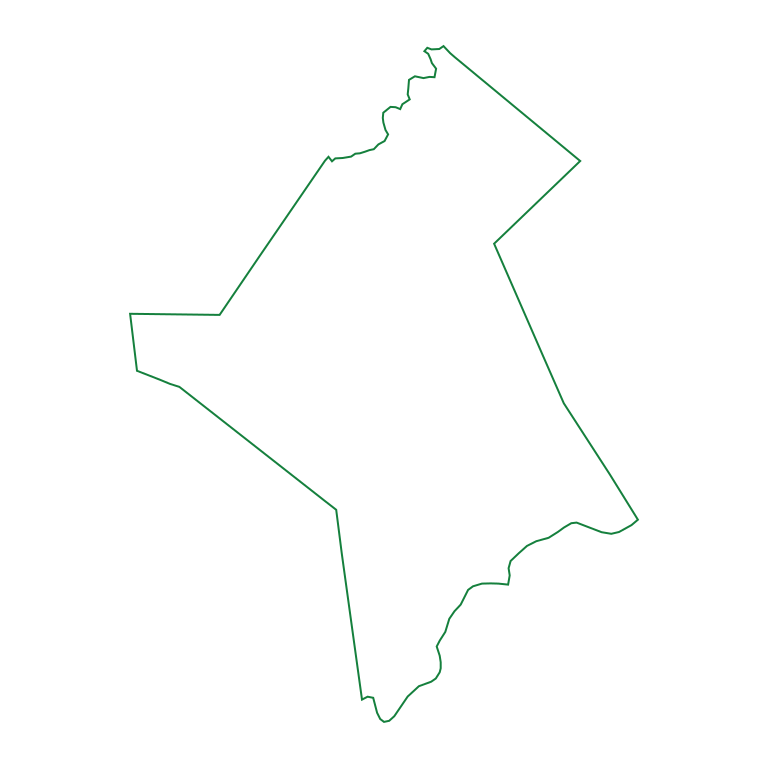 Sebastião Barros, Piauí, Brazil
{"feature_id": "56859067B80759164390231", "entity_name": "Sebastião Barros", "entity_type": "district", "adm_level": 2, "iso_a3": "BRA", "parent_name": "Brazil", "parent_adm1": "Piauí", "projection": "albers", "projection_center": [-44.821, -10.664], "detail": "fine", "context": "isolated", "style": "outline", "palette": "green", "viewbox_px": 768, "rotation_deg": 0, "n_neighbors": 0, "source": "geoboundaries", "source_scale": "gbopen_adm2", "svg_char_len": 1320}
<svg xmlns="http://www.w3.org/2000/svg" viewBox="0 0 768 768"><path d="M137.0,370.8L160.3,379.9L170.0,383.9L179.4,386.9L324.4,500.6L336.2,509.8L341.8,553.7L362.0,699.6L367.6,696.7L373.2,697.8L377.1,712.8L380.2,719.0L384.0,721.9L389.2,720.8L394.3,716.2L407.7,696.5L418.9,686.2L431.2,681.7L435.8,678.5L439.7,672.3L440.7,668.3L440.7,662.2L439.7,655.7L436.7,646.5L439.8,640.5L445.3,631.9L449.3,618.8L454.5,611.2L460.7,604.6L468.1,589.9L473.0,586.3L482.0,583.6L490.8,583.4L498.3,583.6L508.1,584.6L509.7,575.4L508.6,568.2L510.6,561.0L518.7,553.3L527.0,545.9L536.3,541.2L548.6,537.8L557.8,532.0L564.0,527.5L571.3,523.2L576.6,522.6L601.6,532.2L611.3,533.8L619.0,532.0L631.5,525.1L637.9,519.7L610.0,474.7L563.8,403.3L543.2,356.3L494.1,243.7L580.2,161.0L454.8,57.2L450.2,53.2L443.5,46.1L439.3,49.0L431.5,49.4L427.3,47.8L424.4,51.2L428.2,53.8L430.6,59.2L431.9,63.1L436.1,68.7L434.5,77.2L429.5,76.9L423.5,78.1L414.9,76.3L409.0,79.9L408.3,88.6L407.7,94.4L409.7,99.4L402.4,104.2L400.2,109.1L395.6,107.2L390.5,106.9L383.3,112.7L382.8,117.9L383.4,122.6L385.5,130.0L388.1,134.4L384.6,141.0L378.4,144.4L373.8,149.2L369.5,150.1L365.0,151.7L359.9,153.3L355.3,153.7L351.1,156.6L342.7,158.0L335.3,158.4L332.0,161.3L328.5,156.8L325.0,160.7L259.4,256.4L219.6,314.9L130.1,313.8L137.0,370.8Z" fill="none" stroke="#15803d" stroke-width="2"/></svg>